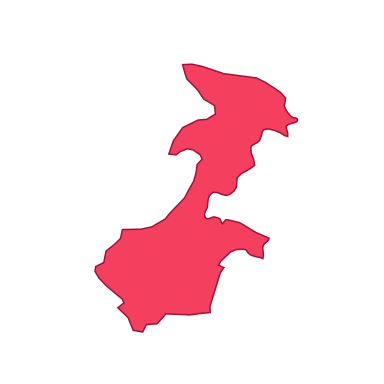 an SVG outline of Foča, rotated 322°
{"feature_id": "BIH-4807", "entity_name": "Foča", "entity_type": "state/province", "adm_level": 1, "iso_a3": "BIH", "parent_name": "Bosnia and Herzegovina", "parent_adm1": "", "projection": "equal_earth", "projection_center": [18.989, 43.593], "detail": "fine", "context": "isolated", "style": "filled", "palette": "rose", "viewbox_px": 384, "rotation_deg": 322, "n_neighbors": 0, "source": "natural_earth", "source_scale": "10m", "svg_char_len": 1851}
<svg xmlns="http://www.w3.org/2000/svg" viewBox="0 0 384 384"><g transform="rotate(322 192 192)"><path d="M220.9,217.2L217.1,216.0L214.1,212.4L211.7,208.1L208.5,205.1L203.4,205.6L200.0,207.9L194.6,213.6L190.4,215.6L188.3,217.1L186.9,219.5L187.1,222.0L189.2,223.5L192.7,224.5L194.4,225.4L197.4,229.9L197.3,231.8L196.3,234.3L196.3,235.8L201.3,234.6L202.9,235.7L210.7,245.5L217.5,263.4L224.3,275.8L222.7,277.1L216.7,277.4L214.1,278.8L213.6,279.4L212.4,281.0L210.9,283.6L209.1,286.1L206.8,288.1L206.1,286.7L206.0,286.4L201.3,280.7L199.3,277.4L198.7,274.9L198.9,272.8L198.8,270.7L197.2,268.6L191.1,264.5L185.6,263.0L172.0,264.2L167.9,266.1L168.6,267.3L169.9,270.0L170.6,271.2L164.7,273.0L135.6,293.3L132.2,298.2L125.0,293.6L114.8,287.6L96.4,272.0L83.5,274.4L74.3,268.4L67.0,272.0L60.5,264.8L64.3,251.6L62.3,237.5L70.1,237.5L71.1,233.3L68.9,223.6L66.9,213.9L65.7,202.5L66.7,194.8L66.9,194.6L68.5,193.1L70.2,191.5L79.1,193.2L87.9,185.6L98.2,185.6L107.1,184.6L113.9,178.8L114.4,179.0L129.0,190.0L139.0,194.7L154.2,196.8L161.4,195.1L173.4,193.4L182.5,192.1L189.9,188.7L200.0,184.5L207.4,179.0L213.0,173.5L220.1,172.3L221.4,168.0L218.8,159.6L214.9,155.0L207.4,152.9L202.3,152.9L197.1,147.8L208.8,140.2L224.4,135.5L241.0,139.0L248.3,143.8L258.4,145.0L263.0,137.8L258.4,125.9L259.3,115.1L257.5,99.6L259.3,94.9L263.0,85.8L270.8,91.4L277.7,99.8L289.8,118.2L313.0,141.8L317.6,151.5L323.1,167.9L323.5,175.8L317.7,181.1L316.7,184.7L316.3,188.9L316.6,193.0L317.7,196.1L319.3,197.6L320.0,198.9L319.5,200.2L317.7,201.2L309.1,198.0L306.4,198.2L303.6,204.7L301.6,207.2L299.8,204.6L298.0,199.6L294.7,193.9L290.9,189.2L287.0,187.1L284.6,187.8L279.4,191.7L276.7,193.1L274.0,193.2L268.2,192.3L265.8,193.0L262.6,197.9L260.5,204.5L257.8,209.5L252.8,209.5L242.0,207.9L236.3,208.6L230.2,215.4L225.8,217.1L220.9,217.2Z" fill="#f43f5e" stroke="#9f1239" stroke-width="1.5"/></g></svg>